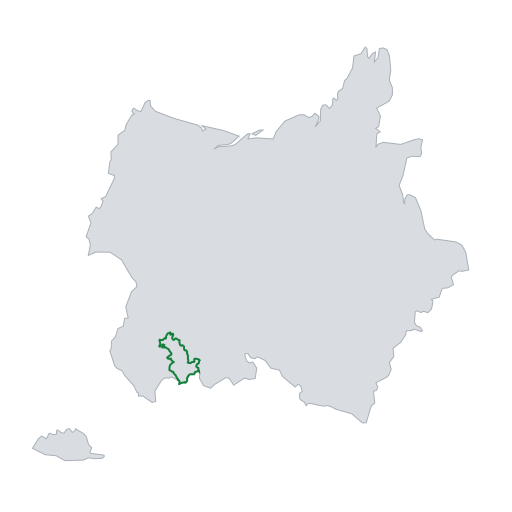 location of Hautes-Alpes within France, rotated 93°
{"feature_id": "FRA-5304", "entity_name": "Hautes-Alpes", "entity_type": "Metropolitan department", "adm_level": 1, "iso_a3": "FRA", "parent_name": "France", "parent_adm1": "", "projection": "albers", "projection_center": [6.118, 44.657], "detail": "fine", "context": "in_parent", "style": "outline", "palette": "green", "viewbox_px": 512, "rotation_deg": 93, "n_neighbors": 0, "source": "natural_earth", "source_scale": "10m", "svg_char_len": 7061}
<svg xmlns="http://www.w3.org/2000/svg" viewBox="0 0 512 512"><g transform="rotate(93 256 256)"><path d="M402.9,198.0L399.4,200.1L397.2,204.2L394.9,205.2L390.8,205.2L388.8,202.8L383.8,204.4L381.8,207.0L384.8,210.1L374.9,223.2L368.6,226.7L367.3,235.2L359.8,241.5L357.0,248.2L356.7,249.6L358.6,251.7L357.8,256.1L354.0,258.9L354.0,261.7L355.1,262.1L361.0,259.9L363.2,257.3L362.0,253.7L367.9,249.4L378.4,250.4L379.7,256.2L378.4,261.0L386.1,271.5L379.5,276.4L379.1,279.7L386.1,290.2L390.4,294.5L388.2,301.6L380.9,306.2L376.3,305.9L374.3,307.1L374.5,309.3L377.8,315.7L385.7,319.7L387.0,324.6L384.8,326.3L381.2,333.7L382.8,337.3L382.2,338.9L383.1,341.4L385.2,343.8L396.3,349.9L406.4,348.5L407.7,352.1L401.7,361.8L402.1,366.1L399.0,366.2L398.5,367.7L392.3,371.0L382.3,380.8L377.6,383.7L375.7,388.6L373.0,391.4L358.4,397.0L355.7,395.7L348.6,395.9L344.2,392.3L335.7,390.0L333.0,384.9L325.1,383.9L324.7,380.4L313.6,383.4L298.1,378.4L292.8,373.3L288.2,374.5L284.1,378.8L266.9,390.1L259.8,402.0L260.5,416.3L264.2,423.5L253.8,422.0L247.6,423.8L245.8,426.7L231.4,422.5L225.8,425.2L224.3,424.9L222.5,421.9L215.5,418.1L216.8,415.8L215.9,413.7L209.3,411.6L206.8,413.6L204.5,409.2L186.0,401.6L183.0,401.5L181.3,407.8L169.2,406.8L167.5,405.6L159.6,406.3L151.8,399.7L142.5,400.1L137.3,393.5L131.9,392.6L124.4,388.8L121.0,386.8L120.7,384.9L118.2,387.5L115.4,386.6L114.8,385.7L117.0,382.4L117.8,378.5L108.4,374.7L106.2,371.6L106.3,370.0L111.6,369.2L116.7,364.1L123.0,344.6L128.3,321.2L131.0,317.0L134.0,316.0L132.0,312.6L128.7,316.6L132.4,295.1L137.2,279.1L144.4,286.4L146.0,289.5L147.5,299.4L151.6,303.8L149.0,299.6L147.3,286.5L145.8,282.7L134.4,270.8L134.1,268.3L139.5,270.1L138.0,261.9L138.2,244.9L130.9,242.5L119.7,234.2L112.8,220.4L112.4,215.5L115.0,210.6L113.5,207.2L110.3,204.6L113.3,200.5L115.8,200.3L124.0,203.6L117.5,198.8L106.1,199.1L101.8,197.2L101.4,194.0L104.8,190.5L101.3,187.6L94.9,187.5L94.2,186.4L96.4,183.8L94.9,182.6L89.6,183.1L86.7,181.9L84.3,178.3L76.0,176.7L74.3,174.6L63.3,169.5L51.1,168.6L48.5,161.8L41.6,157.8L43.3,156.0L50.9,155.1L52.6,153.5L47.6,150.2L46.0,147.3L55.9,148.0L51.8,144.6L42.3,143.6L41.6,139.6L43.3,135.9L49.2,133.2L63.4,131.1L73.3,132.2L80.9,128.6L87.9,128.2L94.3,131.1L102.0,143.2L109.7,139.1L120.3,140.3L122.2,143.3L125.5,138.5L127.6,141.7L140.7,141.9L137.8,139.7L135.8,134.7L137.0,117.4L131.6,104.2L130.4,99.5L131.2,95.7L138.7,97.1L145.2,96.0L148.2,97.4L148.2,105.6L150.4,110.5L168.0,113.4L178.0,116.8L187.0,112.8L195.1,111.4L195.8,110.3L191.2,110.4L187.1,108.2L186.7,106.0L189.4,99.8L202.1,93.7L220.3,88.9L225.1,85.2L230.7,78.4L229.7,76.5L231.5,57.1L234.5,50.9L241.4,46.7L258.7,42.8L260.5,49.1L260.2,52.6L264.5,58.2L266.7,60.0L274.3,57.3L277.7,62.6L278.6,68.3L287.6,71.0L290.0,78.6L291.7,77.0L297.3,77.5L300.0,78.2L303.6,81.5L302.4,86.0L303.9,88.2L302.3,92.3L303.3,94.0L313.8,94.3L317.0,92.5L318.5,88.4L321.7,86.0L322.9,86.7L320.8,94.4L322.2,96.4L322.9,102.0L326.8,102.4L334.5,106.9L341.0,114.3L349.1,113.1L355.4,117.2L362.0,115.1L368.2,117.3L370.4,119.4L376.3,129.6L380.8,127.5L383.9,128.7L385.0,131.6L396.9,129.7L399.1,132.6L401.6,133.6L416.8,137.2L417.1,141.0L408.6,152.1L405.0,167.8L402.5,173.3L401.6,177.4L402.4,180.0L402.0,184.3L400.3,194.5L401.4,197.4L402.9,198.0ZM466.9,406.5L466.3,413.0L468.8,417.5L470.4,436.0L465.9,445.2L465.5,456.0L459.8,469.2L450.0,463.8L447.0,460.7L449.4,455.7L443.8,453.2L445.0,448.4L444.3,446.0L440.4,445.9L440.2,444.6L442.9,440.8L442.8,438.5L439.0,435.8L438.2,433.3L441.7,430.3L440.0,427.7L438.0,427.2L442.5,418.6L445.7,415.9L453.1,413.3L456.0,410.1L460.9,411.6L461.7,410.7L462.8,397.3L464.4,397.1L466.0,398.8L466.9,406.5ZM135.6,262.6L134.2,266.3L130.1,259.3L129.8,255.6L135.6,262.6Z" fill="#d9dde1" stroke="#a8b0b8" stroke-width="1"/><path d="M387.2,324.8L387.6,325.4L387.8,326.0L387.2,326.0L386.1,325.7L385.5,325.7L384.8,326.1L384.2,326.8L384.1,327.2L383.5,327.1L383.0,327.4L382.1,328.5L379.6,329.8L377.1,332.3L376.2,332.4L376.0,332.7L375.9,333.6L375.8,334.0L375.0,335.0L374.6,336.3L374.0,336.6L370.9,336.5L369.4,336.0L368.3,335.2L366.2,332.7L365.0,334.5L364.1,335.3L362.9,335.7L363.2,336.6L363.2,337.7L363.0,338.6L362.2,339.3L361.6,339.1L360.5,337.4L359.9,337.1L359.7,336.8L359.2,335.9L359.0,335.5L358.9,335.5L358.7,335.5L358.4,335.5L358.2,335.5L358.2,335.4L357.9,335.4L357.7,335.4L357.1,335.7L355.8,337.1L355.3,337.5L354.2,338.0L353.7,338.4L353.4,338.9L352.8,340.3L352.5,340.7L352.2,341.0L351.9,341.4L351.8,341.9L351.8,342.3L352.1,342.5L352.2,342.8L352.1,343.5L352.1,344.4L350.5,343.2L349.6,343.0L349.2,344.1L349.4,344.7L350.1,345.3L351.3,346.8L351.6,347.4L351.3,347.8L350.6,347.8L349.3,347.1L348.6,347.0L345.5,347.9L344.7,347.8L344.7,347.7L344.9,346.0L344.8,344.8L344.6,344.5L344.4,344.3L343.9,344.1L343.7,343.9L343.3,343.3L343.1,343.1L342.9,342.9L342.9,342.6L343.1,342.2L343.2,341.9L343.1,341.7L342.8,341.6L342.5,341.6L341.1,341.7L340.8,341.6L340.2,341.2L339.9,341.1L339.3,341.0L339.1,340.9L337.8,339.9L337.7,339.7L337.6,339.0L337.5,338.8L337.3,338.5L336.9,338.0L336.8,337.7L337.2,337.3L337.5,337.3L338.3,337.6L338.6,337.6L338.9,337.5L339.0,337.4L339.1,337.2L339.1,336.9L338.9,336.6L338.6,336.5L338.4,336.3L338.2,336.0L338.1,335.7L338.1,335.4L338.0,335.1L338.1,334.8L338.2,334.7L338.6,334.6L338.9,334.6L339.9,334.7L341.8,335.5L342.1,335.5L342.5,335.4L343.9,334.4L344.1,334.1L344.1,333.6L343.9,333.3L343.7,333.1L342.9,332.5L342.7,332.2L342.5,331.8L342.5,331.5L342.6,331.3L342.7,331.0L343.7,329.6L343.9,329.1L344.0,328.6L344.0,328.3L344.1,328.0L344.6,327.8L344.9,327.8L345.2,327.9L345.6,328.0L346.1,328.0L346.5,328.0L346.9,327.8L347.4,327.6L348.3,327.4L348.6,327.3L349.1,326.8L349.3,326.5L349.5,326.2L349.5,325.9L349.4,325.6L349.1,325.3L348.9,324.9L349.7,323.6L350.0,323.3L350.4,323.1L350.7,323.1L351.6,323.1L352.3,323.0L353.5,322.6L353.8,322.4L353.9,322.1L354.0,321.7L353.9,321.4L353.8,321.0L354.0,320.7L354.7,320.1L355.2,319.8L355.5,319.7L355.8,319.6L356.1,319.7L356.6,319.9L356.9,319.9L357.2,319.8L358.8,318.7L359.1,318.6L359.4,318.6L360.0,318.8L360.3,318.8L361.2,318.6L361.5,318.6L362.1,318.7L362.4,318.6L363.4,318.2L363.7,318.1L364.0,318.1L364.3,318.1L365.4,318.5L365.7,318.6L365.9,318.5L366.1,318.3L366.2,318.1L366.3,317.4L366.3,316.2L366.3,315.8L366.1,315.4L365.8,315.0L365.5,314.7L365.2,314.3L365.1,314.0L365.1,313.0L365.1,312.6L364.9,312.3L364.6,312.0L364.3,312.0L362.9,312.3L362.5,312.2L362.2,312.1L361.9,312.0L361.7,311.5L361.7,310.8L362.0,309.2L362.1,308.5L362.3,307.9L362.3,307.7L363.1,306.8L363.6,307.2L363.9,307.3L364.4,307.4L365.1,307.4L365.9,307.5L366.3,307.8L366.6,308.1L366.7,308.7L366.8,308.9L367.0,309.2L369.1,309.9L369.4,309.9L369.7,309.7L370.2,309.2L370.4,308.7L370.5,308.4L370.5,308.1L370.7,307.8L371.0,307.7L371.9,307.7L372.2,307.7L373.4,306.9L374.3,306.8L373.9,307.2L373.5,307.7L374.1,308.5L374.6,309.0L374.6,309.3L374.6,309.6L374.7,310.0L375.1,310.7L375.4,311.0L376.5,311.1L377.3,311.6L377.5,312.9L377.5,315.4L378.0,316.3L379.0,317.2L381.2,318.4L381.8,318.5L383.3,318.2L383.9,318.2L385.4,318.9L386.0,319.5L386.2,320.0L386.2,320.4L386.1,320.5L386.0,321.2L385.9,321.2L386.3,322.2L386.5,323.2L386.6,323.6L387.2,324.8Z" fill="none" stroke="#15803d" stroke-width="2"/></g></svg>